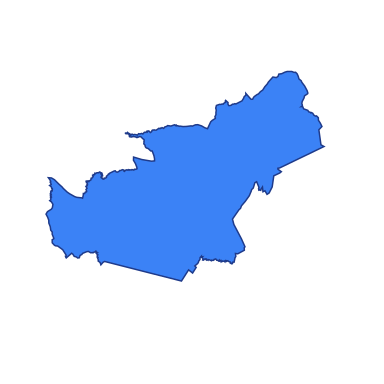 Tamale Metropolitan, Northern, Ghana (Natural Earth projection), rotated 154°
{"feature_id": "2480657B1027184338147", "entity_name": "Tamale Metropolitan", "entity_type": "district", "adm_level": 2, "iso_a3": "GHA", "parent_name": "Ghana", "parent_adm1": "Northern", "projection": "natural_earth1", "projection_center": [-0.697, 9.383], "detail": "fine", "context": "isolated", "style": "filled", "palette": "blue", "viewbox_px": 384, "rotation_deg": 154, "n_neighbors": 0, "source": "geoboundaries", "source_scale": "gbopen_adm2", "svg_char_len": 6103}
<svg xmlns="http://www.w3.org/2000/svg" viewBox="0 0 384 384"><g transform="rotate(154 192 192)"><path d="M305.8,166.5L302.8,167.8L301.0,167.9L240.5,116.6L229.2,123.5L227.0,118.9L221.3,122.4L221.9,124.3L218.4,125.2L217.3,125.8L216.2,127.0L214.5,127.8L213.5,129.5L211.7,130.2L212.0,129.6L211.2,129.3L212.1,129.1L211.7,128.4L211.4,128.4L211.4,127.1L212.2,126.2L211.5,125.7L210.0,126.2L208.9,125.5L208.7,125.7L208.4,125.4L209.0,124.9L208.8,124.5L208.4,124.8L207.5,123.6L207.1,124.0L206.5,123.9L204.7,121.7L204.1,122.1L203.2,121.3L202.2,121.2L201.8,121.7L200.0,121.4L199.7,119.8L198.5,119.2L198.5,118.4L198.0,118.1L197.5,118.4L197.7,117.8L197.5,117.7L196.1,117.9L196.4,116.5L196.1,116.6L196.0,116.4L195.4,116.3L195.4,116.8L195.1,116.8L194.8,116.3L193.5,115.8L193.1,114.9L192.7,115.7L191.9,115.8L191.4,115.4L191.9,115.2L191.6,114.5L189.9,114.5L189.7,113.7L188.3,112.3L188.8,111.4L188.2,110.6L188.1,110.8L187.6,110.4L187.5,110.0L187.1,109.9L186.7,110.3L186.8,110.7L186.1,111.1L184.9,110.5L182.1,114.1L180.9,114.8L179.9,117.7L178.0,116.4L170.5,116.7L169.5,119.0L168.4,119.5L168.1,128.1L168.6,144.5L167.5,149.9L157.5,155.5L155.6,156.0L153.6,157.9L148.3,160.2L142.2,163.5L138.3,166.9L137.4,168.0L135.2,168.7L131.4,172.8L129.4,172.9L129.8,166.8L130.7,165.9L131.1,164.4L130.1,164.4L130.1,163.8L129.5,163.3L128.4,164.5L126.5,165.6L128.1,161.1L125.9,161.1L125.6,157.0L123.1,157.3L117.7,161.4L111.4,170.7L104.8,170.6L102.8,171.1L104.8,174.8L104.4,175.7L102.7,175.2L53.4,175.0L55.4,177.9L50.7,192.3L46.5,193.9L46.5,197.6L46.9,201.1L45.9,203.4L46.7,205.8L47.5,205.9L48.7,207.4L49.0,209.9L49.9,211.1L50.5,211.0L50.7,211.7L52.0,213.0L52.1,214.6L55.2,217.8L55.1,220.3L56.3,220.8L55.1,221.0L54.7,221.8L54.5,223.4L53.3,225.0L50.1,227.4L48.7,229.1L45.1,229.6L44.5,230.1L44.1,232.6L44.3,237.9L45.2,242.5L45.1,244.1L46.3,246.8L45.8,249.4L45.7,252.1L46.4,254.2L47.9,254.8L49.5,256.6L53.6,258.6L56.0,259.0L59.4,259.0L62.3,259.9L64.0,258.2L66.1,257.9L68.9,259.9L75.2,257.3L77.0,256.1L80.4,254.7L83.8,252.6L86.5,252.2L89.3,251.0L90.6,251.1L94.2,250.5L95.3,250.0L96.8,248.8L98.2,249.4L98.4,249.7L100.4,257.0L101.1,255.4L103.2,254.9L104.6,253.6L107.1,252.0L114.0,251.9L114.7,252.6L116.0,252.7L117.2,253.2L118.6,252.8L120.2,253.1L121.1,253.6L121.2,255.2L120.4,256.6L121.6,259.6L122.2,259.2L122.6,257.9L124.0,257.9L125.6,257.3L126.3,257.9L127.6,258.0L128.8,258.7L132.1,259.1L133.9,257.0L134.3,255.0L135.8,252.7L136.5,251.1L138.5,249.5L138.5,248.3L138.8,247.9L142.4,247.5L144.4,246.9L150.3,242.1L152.3,244.1L154.4,247.2L157.3,250.0L159.6,250.9L163.0,251.1L163.7,251.8L168.1,253.3L171.3,254.7L174.1,256.6L174.7,256.6L175.7,257.8L176.4,258.0L176.8,259.0L177.4,258.6L177.8,259.1L177.9,259.8L178.3,260.1L182.0,260.5L184.8,262.4L186.1,262.1L188.0,262.4L189.6,261.6L190.7,263.0L191.4,262.8L192.1,263.2L192.5,262.9L193.3,263.2L193.7,263.8L197.0,263.3L198.5,264.0L198.8,264.5L199.5,264.5L200.4,265.0L201.1,264.8L201.4,264.3L202.1,263.9L203.4,263.7L203.8,265.4L204.4,266.0L205.6,265.6L205.3,266.3L205.6,266.5L206.5,266.0L207.5,265.9L208.1,266.4L208.8,266.5L210.7,265.7L211.5,266.7L213.3,267.0L214.4,267.8L216.1,267.1L217.2,268.1L218.6,269.0L219.6,269.1L220.4,270.2L221.4,270.4L222.0,269.9L222.4,270.9L222.4,271.6L223.5,272.9L223.8,273.9L225.1,273.5L225.9,274.1L226.1,273.8L225.9,273.4L224.1,272.5L222.9,270.7L223.0,270.2L223.6,270.3L223.8,270.0L223.9,269.1L223.6,268.8L222.0,267.8L220.9,267.8L218.8,266.5L217.8,265.2L217.2,265.4L217.0,264.9L214.7,264.8L213.6,263.8L212.9,261.5L212.1,260.2L212.6,258.9L213.0,258.7L213.1,258.1L214.2,256.4L213.7,254.7L214.1,253.3L214.0,252.3L213.7,251.6L212.3,250.2L211.1,247.0L209.8,246.3L210.3,241.3L211.1,238.3L212.0,236.4L214.8,237.4L222.9,243.2L229.2,249.0L230.7,246.2L230.4,242.4L230.7,238.6L231.2,237.0L232.6,237.0L233.4,237.6L234.0,237.6L234.1,237.3L235.0,237.4L236.1,238.5L236.9,238.4L238.5,239.4L239.1,239.2L239.5,240.1L240.6,240.0L241.4,240.8L243.8,240.2L244.0,240.6L243.6,241.6L244.8,242.6L246.8,242.6L247.4,243.0L248.9,242.5L250.6,242.6L251.5,243.6L251.7,244.7L252.8,245.0L257.9,245.0L258.7,244.5L259.2,244.8L259.8,244.3L262.1,243.6L262.5,242.6L263.7,242.4L264.8,243.0L265.6,242.2L266.3,242.6L267.3,244.7L266.4,244.9L266.8,245.6L265.9,246.3L265.2,245.9L265.0,246.3L265.1,247.2L265.8,247.3L265.9,248.0L264.8,247.9L264.8,248.8L265.5,248.9L265.6,249.4L266.3,249.9L266.0,250.2L266.3,250.5L267.7,250.3L269.0,251.0L270.2,250.9L271.1,251.5L271.7,250.4L272.3,250.3L273.1,250.9L273.4,250.4L274.0,250.5L274.0,249.3L274.5,248.9L275.0,249.0L276.2,248.1L276.7,248.5L277.7,247.1L279.2,247.0L280.0,247.3L279.9,246.8L280.2,246.5L281.3,247.3L281.6,248.0L282.5,248.1L282.5,247.2L282.8,246.7L282.2,245.9L282.6,244.6L283.4,244.5L283.4,243.6L284.9,243.6L284.7,241.4L286.2,240.7L286.3,238.9L286.8,238.4L287.9,238.7L289.2,237.7L290.3,238.3L291.2,236.7L293.1,234.4L293.7,235.1L297.9,237.7L299.4,239.2L302.8,244.1L304.2,246.6L306.1,251.6L306.6,253.6L308.2,257.5L310.2,263.3L312.1,266.2L314.8,267.8L314.3,264.8L314.5,263.9L314.3,263.7L314.5,263.2L314.8,263.3L315.2,262.9L315.1,261.6L315.3,260.4L317.1,260.3L316.2,258.3L316.5,257.2L316.5,256.7L316.1,256.5L316.1,256.1L316.9,254.7L317.4,254.9L317.6,254.3L318.3,254.7L319.0,254.0L319.1,253.1L319.9,252.8L319.7,251.8L320.1,251.7L319.9,251.2L320.7,251.2L320.8,250.4L320.5,249.9L321.0,249.7L320.9,249.1L321.5,249.3L321.7,248.7L321.5,248.4L322.5,246.7L323.6,246.7L323.3,245.6L322.7,245.0L322.4,241.9L324.4,239.1L325.9,238.2L330.5,237.7L332.9,236.1L332.8,232.6L333.1,229.5L334.3,226.8L334.6,223.0L335.7,219.6L335.2,217.3L336.2,215.3L336.5,210.9L336.9,210.5L338.6,210.4L339.9,207.6L339.0,204.5L338.3,203.5L336.4,202.3L333.5,196.8L332.8,190.4L333.3,189.6L333.9,189.7L334.1,187.8L334.6,187.7L327.0,189.7L326.3,188.2L326.1,185.8L324.4,184.3L323.7,182.8L322.1,182.3L320.4,184.1L318.4,184.1L317.3,184.8L312.7,184.5L311.2,184.0L309.6,181.7L308.0,181.2L307.7,180.7L306.5,180.9L305.4,180.6L304.5,181.1L304.2,180.9L304.5,180.2L303.8,179.4L304.5,179.5L304.9,179.2L304.5,178.8L304.6,178.2L304.2,177.4L304.7,177.4L304.9,176.8L304.7,176.3L305.6,175.4L305.8,174.7L305.2,174.3L305.8,173.8L306.0,171.8L306.6,171.2L305.5,168.9L305.8,166.5Z" fill="#3b82f6" stroke="#1e3a8a" stroke-width="1.5"/></g></svg>